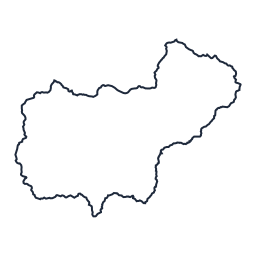 San Miguel, Cajamarca, Peru
{"feature_id": "86281439B14604088738254", "entity_name": "San Miguel", "entity_type": "district", "adm_level": 2, "iso_a3": "PER", "parent_name": "Peru", "parent_adm1": "Cajamarca", "projection": "mercator", "projection_center": [-78.987, -6.973], "detail": "fine", "context": "isolated", "style": "outline", "palette": "slate", "viewbox_px": 256, "rotation_deg": 0, "n_neighbors": 0, "source": "geoboundaries", "source_scale": "gbopen_adm2", "svg_char_len": 5735}
<svg xmlns="http://www.w3.org/2000/svg" viewBox="0 0 256 256"><path d="M40.3,199.2L41.0,198.5L42.7,198.6L44.2,197.6L45.8,198.6L46.3,198.6L49.6,197.8L50.3,198.3L52.4,198.2L55.2,196.9L55.9,196.2L56.2,195.5L57.0,195.1L60.7,196.3L61.8,195.5L62.5,195.4L63.9,195.9L65.4,197.3L65.9,197.4L66.5,197.4L68.6,196.1L70.6,195.4L74.3,197.7L76.7,196.2L77.8,195.9L78.4,194.0L78.9,193.7L80.2,193.6L80.6,193.9L81.0,194.6L82.0,194.8L83.2,196.1L84.6,197.1L86.3,197.6L86.9,199.4L88.1,201.0L89.1,202.0L89.3,202.9L88.9,204.8L89.9,205.1L91.7,206.3L91.9,207.2L92.0,210.3L92.7,212.3L92.3,214.3L92.7,215.3L93.4,216.3L95.4,216.3L95.9,216.1L97.6,213.9L101.0,212.2L101.0,211.6L100.5,210.2L100.9,209.2L101.6,208.9L102.2,208.4L102.2,207.8L101.7,207.0L102.3,205.7L102.1,204.4L102.7,203.8L102.7,203.4L103.0,202.4L104.6,201.0L105.3,198.2L106.5,198.1L107.1,197.6L107.9,196.1L108.0,195.4L109.4,195.4L112.3,194.3L113.9,193.0L115.2,193.2L116.1,193.1L116.7,193.5L117.4,193.4L118.9,195.2L121.7,195.5L122.1,196.1L123.5,197.1L125.9,196.9L127.0,196.4L128.0,196.7L128.7,196.5L129.2,196.9L130.1,197.1L131.4,196.5L132.3,195.8L133.0,195.8L133.5,196.9L133.0,197.7L133.0,198.2L134.9,198.9L136.7,201.2L137.9,200.9L138.8,201.0L139.8,200.4L141.6,201.2L143.6,203.1L145.2,203.2L145.3,202.1L146.2,201.7L147.1,201.0L147.5,198.9L149.7,197.1L150.2,196.2L151.2,195.3L152.0,193.5L153.9,192.5L154.1,191.5L154.9,190.4L154.4,188.9L154.5,187.6L155.1,186.8L155.7,186.9L156.1,186.0L156.1,184.7L157.2,181.3L156.7,180.3L156.7,179.8L155.6,178.8L155.9,177.2L156.7,176.2L156.2,174.6L156.5,171.7L156.4,171.2L155.9,170.9L156.1,169.6L156.1,168.5L155.6,167.3L155.7,166.8L155.9,166.5L155.8,165.4L157.1,164.7L157.7,164.0L157.7,163.4L158.8,162.9L158.8,161.5L158.1,158.6L158.3,158.1L158.3,157.4L158.8,157.0L158.9,156.3L159.8,155.1L159.9,154.3L160.7,153.6L161.8,153.4L161.4,152.7L160.7,152.3L161.0,151.5L160.8,150.9L161.1,150.2L161.8,149.7L162.5,149.7L163.2,149.4L164.4,147.7L166.7,147.0L168.6,147.0L170.1,145.4L172.3,144.7L172.8,143.9L173.8,143.3L174.7,143.4L176.6,143.0L177.2,142.5L177.9,142.7L179.1,142.6L179.6,142.9L180.9,142.7L183.6,144.1L184.2,143.8L185.9,144.1L186.5,143.4L187.4,143.2L187.5,142.6L188.8,142.5L189.6,142.1L189.4,141.2L190.8,140.8L190.8,140.3L192.1,139.2L192.1,138.6L192.4,138.1L194.1,136.6L199.6,136.6L200.3,136.4L201.0,135.2L200.9,134.5L201.4,133.2L200.8,131.4L201.2,130.7L201.1,129.9L201.4,128.7L201.9,128.2L204.2,126.8L205.9,126.5L207.6,124.9L208.9,124.2L210.8,121.7L211.8,120.9L212.5,119.7L214.0,118.4L214.2,118.0L214.0,117.3L214.2,115.9L215.0,115.6L215.2,115.3L215.5,110.7L216.2,109.7L216.8,109.5L217.2,108.7L218.4,107.9L219.5,108.0L220.6,107.1L221.6,107.2L222.4,106.6L227.3,107.2L229.1,106.1L230.9,103.3L233.7,102.0L234.3,99.6L235.1,99.0L235.9,97.4L235.4,94.4L236.0,91.8L236.3,91.4L236.9,91.0L238.0,90.7L239.5,89.9L239.3,89.1L239.6,88.1L239.6,87.1L240.6,84.7L240.4,84.2L237.9,83.1L236.2,82.7L235.5,82.2L235.5,81.3L236.0,79.6L234.6,78.2L233.9,76.4L234.1,76.2L235.3,76.1L235.5,75.9L236.1,73.8L235.8,71.5L233.8,69.8L233.2,68.7L232.4,68.0L232.3,66.9L232.0,66.5L231.1,66.3L229.8,65.4L228.7,65.6L228.1,65.5L227.6,65.2L226.3,63.6L224.8,63.3L223.1,62.2L219.9,61.3L219.2,60.2L217.2,58.4L215.9,55.9L214.8,55.6L212.4,58.0L211.4,58.2L211.0,58.1L207.2,54.6L206.8,55.5L206.3,55.9L205.5,55.9L204.6,55.7L203.1,54.9L201.0,56.3L199.4,56.1L198.9,56.3L198.5,56.2L197.4,55.1L195.6,54.1L194.7,53.8L193.5,52.7L193.0,51.1L191.9,50.4L190.9,50.1L188.9,49.2L186.0,47.1L184.8,44.5L183.3,43.8L182.4,43.0L178.3,42.2L176.6,40.7L176.4,39.7L175.2,40.2L174.4,41.4L173.7,41.7L170.6,42.7L169.1,42.5L167.3,42.9L166.4,43.6L165.5,44.9L165.2,45.5L166.4,46.6L166.6,47.4L166.1,48.7L166.8,50.9L166.2,54.3L164.4,56.3L163.6,57.7L162.8,58.1L161.7,59.7L160.9,60.3L160.4,61.2L159.2,62.5L157.9,65.0L157.7,66.0L158.5,67.0L158.6,67.9L157.4,68.9L156.4,70.8L155.1,71.9L154.5,72.7L155.4,74.7L154.7,75.9L155.0,77.8L156.3,79.8L156.5,80.5L156.0,83.3L156.3,84.9L156.1,85.7L155.6,87.3L154.8,87.8L154.2,87.9L152.1,87.6L150.9,88.2L149.7,88.5L145.5,88.4L142.8,87.2L141.6,87.4L140.9,87.2L139.9,86.2L139.0,86.1L138.5,86.3L137.2,88.0L135.9,88.4L134.8,88.4L131.6,88.9L130.3,89.7L128.1,92.3L126.8,93.0L125.2,93.3L123.5,93.0L118.5,90.7L117.3,90.0L114.8,87.8L111.9,86.1L108.1,85.2L105.2,86.0L104.5,85.8L103.8,85.1L103.0,85.1L101.6,86.0L100.8,87.5L99.2,88.0L97.6,90.4L97.3,91.8L97.3,94.5L95.4,95.9L93.2,96.9L92.2,96.5L89.1,96.2L87.3,95.6L86.2,94.9L84.3,94.8L83.6,94.4L82.6,94.7L81.3,94.2L79.4,94.2L78.8,94.6L77.9,94.8L77.3,95.4L74.8,94.4L73.3,94.3L73.1,94.1L73.0,93.1L72.0,91.7L71.9,90.6L71.4,90.6L69.9,91.6L69.1,91.4L68.4,90.9L68.2,89.2L67.0,88.6L66.5,88.2L65.7,88.1L63.4,87.4L62.6,85.8L61.6,85.0L61.2,84.1L59.8,82.9L58.6,82.2L57.4,82.3L56.7,81.7L56.1,81.6L55.6,80.9L54.3,80.4L53.8,82.0L51.7,84.3L50.8,86.3L50.9,87.8L50.4,90.2L48.8,92.0L47.3,92.7L46.3,92.4L43.8,92.6L42.2,92.1L41.2,92.3L40.2,93.2L38.7,92.6L36.9,92.3L34.3,94.6L33.9,95.8L34.2,97.0L33.7,97.8L26.6,99.9L25.3,102.0L24.7,103.4L23.7,103.9L21.8,105.5L21.8,108.6L22.1,110.6L21.8,111.6L22.1,113.1L24.5,115.6L25.1,116.7L25.5,118.0L25.5,119.4L24.1,121.0L23.7,121.8L23.7,123.0L24.3,124.4L24.2,124.8L23.0,126.7L23.5,128.1L23.6,129.8L24.9,132.8L24.8,133.7L24.4,134.3L24.5,134.7L25.1,135.6L26.3,136.6L26.3,136.9L25.9,137.9L23.0,139.0L22.2,140.6L22.2,141.7L19.2,142.8L19.0,144.4L18.2,144.7L17.7,145.8L17.2,148.9L15.4,154.7L16.3,157.4L16.7,159.2L16.5,159.6L15.7,160.5L16.1,161.5L17.1,162.8L17.5,163.0L18.6,163.5L19.7,163.4L21.2,165.1L21.6,167.1L21.4,169.6L21.7,172.2L21.0,173.9L21.0,174.7L21.5,175.3L22.9,176.2L26.0,177.0L26.4,177.5L26.2,178.0L25.1,178.5L23.4,181.3L23.6,183.0L24.9,183.9L26.7,183.8L27.7,184.2L28.3,185.0L31.2,186.2L31.7,187.0L31.9,188.1L31.2,189.7L31.2,190.1L32.7,191.9L33.2,193.6L33.2,194.3L34.7,195.1L34.9,196.2L35.8,197.7L40.3,199.2Z" fill="none" stroke="#1e293b" stroke-width="2"/></svg>